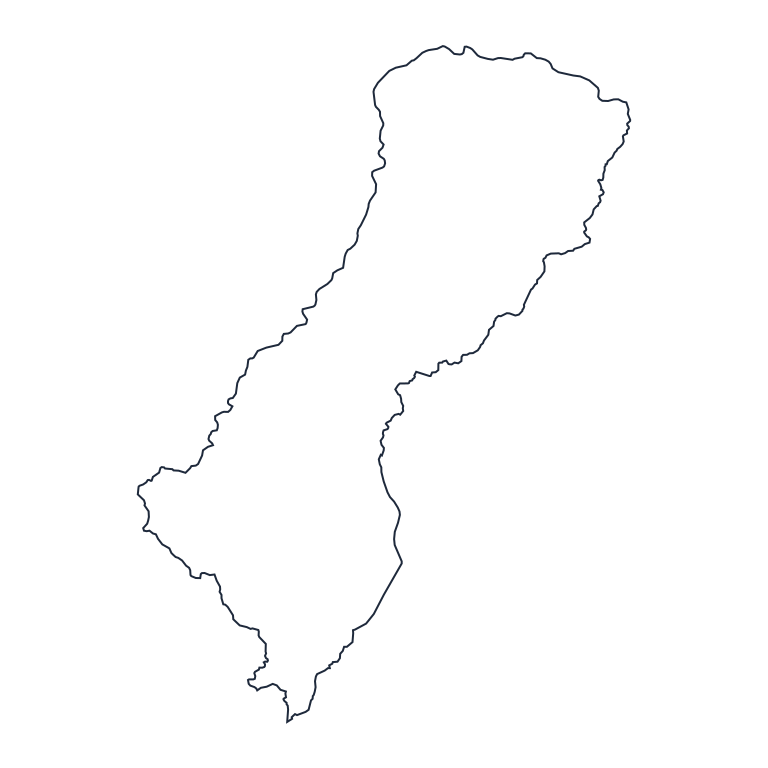 Naupan, Puebla, Mexico (orthographic projection)
{"feature_id": "50627088B34357013751850", "entity_name": "Naupan", "entity_type": "district", "adm_level": 2, "iso_a3": "MEX", "parent_name": "Mexico", "parent_adm1": "Puebla", "projection": "orthographic", "projection_center": [-98.102, 20.238], "detail": "fine", "context": "isolated", "style": "outline", "palette": "slate", "viewbox_px": 768, "rotation_deg": 0, "n_neighbors": 0, "source": "geoboundaries", "source_scale": "gbopen_adm2", "svg_char_len": 6074}
<svg xmlns="http://www.w3.org/2000/svg" viewBox="0 0 768 768"><path d="M257.2,690.4L260.9,687.8L266.7,686.7L272.7,683.9L276.8,685.4L280.5,689.8L285.9,691.5L285.4,693.6L286.0,697.3L283.6,698.7L283.5,699.5L284.5,701.1L286.6,702.8L286.6,704.3L287.7,705.6L288.1,709.6L287.2,721.9L292.1,718.8L291.7,717.2L295.0,714.1L297.0,715.1L305.6,711.9L308.6,709.8L311.0,700.4L312.6,698.8L312.8,696.1L313.7,695.0L314.7,691.8L315.6,687.2L315.0,681.2L315.9,676.5L317.1,674.1L324.7,670.6L328.0,668.1L329.8,668.1L329.2,665.4L332.3,663.7L332.8,662.1L337.5,661.7L339.9,658.2L340.2,653.8L342.8,650.9L344.1,646.8L346.9,646.8L352.5,642.1L353.2,633.3L353.0,630.2L355.0,629.6L366.1,623.6L373.8,614.0L383.9,594.6L401.7,563.5L401.7,561.3L394.7,545.0L394.1,539.1L394.8,531.8L398.0,522.8L399.9,514.9L399.5,511.5L397.8,507.6L394.1,501.6L390.0,497.1L387.5,492.3L383.7,481.4L381.4,472.1L381.3,467.3L379.8,464.3L378.8,459.3L380.8,454.8L381.9,455.5L383.7,450.4L383.9,447.9L381.5,444.8L380.6,440.8L383.0,437.4L383.5,435.3L382.9,433.9L383.0,432.3L383.6,430.4L387.5,429.1L388.2,428.0L388.4,426.8L385.9,423.8L386.6,422.7L390.7,420.6L391.8,418.0L394.7,414.9L398.7,413.9L400.2,414.7L403.2,411.0L402.8,408.2L403.2,405.9L401.3,402.1L401.1,398.8L400.1,395.2L398.2,394.3L395.3,389.4L397.9,385.4L399.8,383.5L408.0,383.4L408.9,383.1L409.7,381.1L412.2,380.4L412.6,379.2L414.2,378.0L414.9,376.7L414.3,375.5L416.2,371.8L429.4,376.0L430.6,376.0L432.1,372.5L435.7,372.2L438.3,370.1L438.4,363.7L439.2,362.7L442.2,362.6L443.0,361.5L446.3,360.6L448.5,364.0L449.8,364.3L451.7,364.4L454.5,362.6L458.2,363.3L461.4,361.1L461.6,356.8L463.1,354.9L467.0,354.8L469.5,353.3L473.0,353.1L477.8,350.3L480.1,347.0L480.6,345.2L482.9,343.3L484.0,340.5L488.3,334.8L489.0,329.8L493.5,326.0L494.1,321.7L495.4,319.9L495.5,318.7L497.6,316.6L498.6,315.9L500.8,316.2L506.8,313.2L509.5,313.4L515.3,315.5L516.2,315.3L518.9,314.6L522.4,310.9L522.5,309.6L523.4,308.7L524.2,306.6L523.9,304.8L531.0,289.6L532.5,288.5L535.0,284.6L537.0,283.4L537.2,280.0L540.6,276.9L544.4,271.4L544.6,266.3L543.9,262.2L543.2,261.3L543.4,259.8L543.7,258.8L545.4,257.8L546.6,255.4L550.8,253.6L558.8,253.3L561.1,254.3L565.1,253.1L568.1,251.0L573.1,250.7L574.4,248.8L581.7,246.7L584.8,244.1L589.5,242.6L590.1,238.9L588.7,237.3L586.9,236.4L584.2,232.6L584.2,231.6L585.9,230.3L586.2,229.4L585.9,227.8L584.3,224.9L584.2,222.4L589.8,218.0L592.5,214.4L593.7,209.4L596.7,206.1L597.8,205.9L598.7,203.3L600.1,202.2L600.6,200.7L599.3,196.3L603.0,194.2L603.7,192.3L602.4,190.0L600.9,189.7L601.4,188.1L600.3,184.3L598.1,180.8L598.5,180.0L599.4,179.7L601.0,180.3L602.6,179.9L603.3,177.6L603.4,173.7L604.7,170.2L604.6,167.0L605.5,165.9L605.6,164.3L606.8,164.2L607.8,161.1L612.3,157.5L614.6,152.6L616.6,150.7L617.3,149.0L620.2,146.8L622.6,144.1L623.7,141.5L622.9,136.3L623.5,135.3L627.1,133.5L626.9,130.5L628.9,128.3L628.7,126.7L627.3,125.1L627.2,123.6L630.1,121.0L630.2,119.9L627.8,113.9L628.6,109.4L626.3,102.4L622.8,101.7L618.3,99.3L613.8,99.4L608.1,101.0L602.3,100.8L599.5,98.9L598.2,96.8L598.8,90.7L597.9,87.9L589.3,80.4L580.2,76.4L573.3,75.5L558.4,72.2L552.5,68.4L550.7,64.0L548.7,61.6L545.3,59.7L540.5,58.3L536.8,58.1L530.8,53.4L525.2,53.3L523.8,54.7L523.4,56.2L522.4,57.2L514.6,58.7L512.6,59.8L500.8,58.0L498.0,58.1L493.0,59.7L487.8,58.9L480.2,56.9L477.6,55.4L472.3,49.4L470.2,48.0L466.5,46.6L464.7,46.8L463.4,52.8L461.8,54.1L459.9,54.5L454.2,53.9L449.1,49.1L444.7,46.5L442.8,46.1L437.2,48.8L428.7,50.1L426.1,51.0L422.3,52.8L416.5,58.2L413.8,60.3L411.8,60.7L406.5,65.3L395.8,67.7L389.3,70.9L377.9,82.8L374.1,89.1L373.5,91.8L375.1,105.0L375.9,106.8L378.8,109.8L380.0,111.8L380.1,116.1L383.3,123.2L383.2,125.5L380.6,130.7L379.8,138.6L380.5,141.3L383.6,144.5L382.5,147.7L379.0,151.2L378.6,153.6L380.0,156.3L383.8,158.8L384.7,160.4L385.1,163.3L384.1,166.4L382.5,167.6L374.1,170.7L372.2,172.2L372.1,175.9L376.1,184.2L375.6,192.4L370.0,200.6L368.7,203.9L368.4,207.1L366.1,214.6L360.8,225.3L358.3,229.0L357.4,233.4L357.8,235.7L356.8,240.9L354.6,244.7L350.3,248.7L347.7,250.0L345.7,253.6L344.7,256.8L343.1,267.8L337.4,270.3L333.2,273.1L332.2,278.4L331.4,280.1L327.4,284.0L319.4,289.0L316.7,291.9L315.9,294.4L316.4,300.0L315.4,304.5L314.7,305.6L313.4,306.6L302.7,309.2L302.4,311.5L303.1,313.8L307.1,319.6L306.4,322.8L305.6,324.1L296.9,325.9L290.6,332.4L288.2,333.5L283.8,333.9L282.4,336.6L282.3,340.8L278.5,344.8L266.4,347.6L257.7,351.0L253.7,357.6L252.2,358.4L250.3,358.4L248.3,359.8L247.4,366.9L245.9,370.6L245.1,374.6L239.8,377.6L237.3,383.1L235.9,393.6L232.8,398.0L230.4,398.4L228.6,399.4L228.0,401.1L228.0,403.0L228.9,404.3L232.4,406.3L230.3,410.0L228.1,411.9L223.9,411.8L221.9,412.4L215.1,416.2L215.2,420.0L217.2,422.4L217.9,424.8L217.6,428.1L216.8,430.3L212.6,431.0L211.2,432.3L210.7,434.1L209.3,435.6L208.5,439.0L209.2,440.7L212.2,443.4L213.0,445.2L208.0,446.8L203.0,450.3L202.1,455.5L198.1,464.0L195.8,465.6L191.4,466.1L190.1,468.2L185.5,472.8L178.7,470.7L173.5,470.4L172.4,469.2L165.0,468.5L164.1,467.4L161.7,467.1L160.4,468.0L159.1,472.6L152.9,476.9L151.7,480.6L151.0,480.9L149.0,479.9L147.7,480.1L146.3,482.3L143.1,484.5L139.7,485.7L138.7,486.5L138.5,487.6L137.8,494.4L144.0,500.3L145.0,503.5L144.5,505.4L148.6,511.3L148.9,517.0L148.2,520.4L147.2,523.7L143.2,528.1L144.0,530.7L146.7,531.2L149.5,530.7L153.0,533.5L155.9,534.3L158.0,538.8L162.3,544.4L169.4,548.4L171.4,553.0L173.3,554.9L175.6,557.0L178.3,557.9L182.1,560.5L186.1,565.7L189.1,567.8L190.2,570.2L190.5,575.0L191.3,576.1L195.8,578.0L200.2,578.1L200.8,574.1L201.9,573.1L204.6,573.0L209.8,575.1L214.5,574.5L216.7,580.7L220.0,586.6L220.2,589.4L219.6,591.8L221.5,594.9L221.5,598.2L223.3,604.3L225.3,604.7L227.7,606.9L233.0,615.3L233.3,619.3L239.7,625.4L246.8,627.1L250.6,628.9L252.5,628.4L258.3,630.0L258.8,631.6L258.6,635.4L259.3,637.1L265.8,643.9L265.6,651.6L266.1,653.4L265.0,655.9L266.0,658.1L267.6,659.2L267.9,660.6L267.3,661.7L265.0,661.6L263.8,662.3L265.0,664.3L264.9,666.1L264.3,667.0L262.2,667.7L259.4,667.6L258.9,669.6L255.0,671.8L254.3,673.1L255.3,676.1L254.8,678.8L253.3,679.4L249.0,679.4L248.0,680.0L248.7,683.8L250.3,685.6L254.5,687.1L256.3,688.5L257.2,690.4Z" fill="none" stroke="#1e293b" stroke-width="2"/></svg>